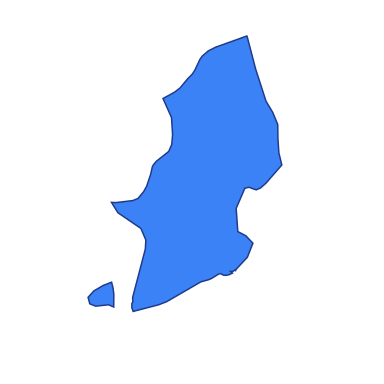 the border of Pedernales, rotated 43°
{"feature_id": "DOM-1973", "entity_name": "Pedernales", "entity_type": "Province", "adm_level": 1, "iso_a3": "DOM", "parent_name": "Dominican Republic", "parent_adm1": "", "projection": "natural_earth1", "projection_center": [-71.507, 17.919], "detail": "fine", "context": "isolated", "style": "filled", "palette": "blue", "viewbox_px": 384, "rotation_deg": 43, "n_neighbors": 0, "source": "natural_earth", "source_scale": "10m", "svg_char_len": 1156}
<svg xmlns="http://www.w3.org/2000/svg" viewBox="0 0 384 384"><g transform="rotate(43 192 192)"><path d="M107.0,143.4L111.1,131.1L112.3,124.1L111.6,112.3L111.8,105.6L111.0,101.0L107.3,89.4L106.8,85.6L107.7,77.6L110.5,70.0L125.7,40.5L126.5,40.8L154.9,58.8L184.2,75.1L196.7,78.7L208.6,84.1L218.5,94.4L228.8,104.1L239.3,111.0L239.8,127.6L240.1,135.0L239.4,142.3L237.5,146.6L234.1,148.2L230.5,149.6L228.1,153.2L235.5,173.9L252.5,189.7L261.2,187.3L271.5,187.9L277.0,202.0L277.0,217.8L277.2,218.8L276.9,218.5L276.3,221.4L275.8,222.5L274.5,223.7L276.9,223.7L275.5,227.2L273.7,229.8L271.5,231.5L268.8,232.1L267.5,233.7L265.3,241.8L264.0,244.8L259.8,251.6L248.2,289.7L244.6,297.1L230.4,319.5L227.0,317.7L224.0,314.5L223.8,312.8L220.5,309.6L196.8,265.6L191.0,258.6L179.5,253.5L152.0,257.7L140.2,254.5L143.6,251.6L154.5,238.7L156.9,233.6L156.4,224.8L154.9,218.7L149.6,207.1L145.9,200.8L145.2,198.4L145.0,193.6L147.3,178.2L144.8,171.1L138.7,163.3L126.2,151.5L107.0,143.4ZM193.5,343.5L187.8,339.9L187.7,331.1L190.8,320.9L194.7,312.8L199.5,315.9L204.5,320.0L213.2,329.5L207.9,331.4L199.4,341.2L193.5,343.5Z" fill="#3b82f6" stroke="#1e3a8a" stroke-width="1.5"/></g></svg>